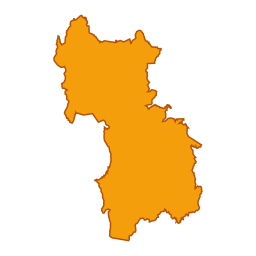 Tulcingo, Puebla, Mexico (Equal Earth projection)
{"feature_id": "50627088B42861355241506", "entity_name": "Tulcingo", "entity_type": "district", "adm_level": 2, "iso_a3": "MEX", "parent_name": "Mexico", "parent_adm1": "Puebla", "projection": "equal_earth", "projection_center": [-98.397, 17.976], "detail": "fine", "context": "isolated", "style": "filled", "palette": "amber", "viewbox_px": 256, "rotation_deg": 0, "n_neighbors": 0, "source": "geoboundaries", "source_scale": "gbopen_adm2", "svg_char_len": 5792}
<svg xmlns="http://www.w3.org/2000/svg" viewBox="0 0 256 256"><path d="M109.6,235.7L110.5,236.8L112.6,237.9L128.6,240.6L129.3,239.4L129.1,236.2L129.7,235.6L131.5,235.5L133.8,232.2L135.5,231.9L135.8,230.2L135.2,224.8L135.8,224.0L137.2,223.3L140.4,218.4L143.4,218.3L144.5,220.0L145.8,219.9L147.2,218.8L149.0,219.4L149.4,222.0L151.1,221.2L154.7,220.4L155.8,219.6L156.7,217.6L158.4,217.1L157.7,214.8L159.5,214.2L160.0,213.6L160.6,212.0L164.4,211.1L164.8,209.1L165.7,209.9L166.6,212.5L168.0,212.5L168.6,211.9L169.4,213.9L171.1,214.8L171.2,217.2L172.0,217.8L172.4,218.7L172.8,218.8L174.5,217.5L174.8,218.4L175.7,218.1L175.7,219.5L176.5,219.4L176.7,220.2L176.2,221.9L176.9,221.3L177.9,223.0L178.8,223.2L180.3,222.2L179.9,221.1L180.5,220.2L181.0,220.5L181.3,218.3L183.3,219.5L183.4,219.0L182.6,217.4L185.3,216.0L185.8,214.3L186.5,214.2L187.4,215.5L188.3,215.7L188.5,213.3L188.9,212.6L189.9,212.8L190.4,212.2L191.7,212.6L192.7,211.8L194.6,212.3L196.0,210.6L197.3,210.5L198.8,209.5L199.5,207.7L198.1,204.7L198.0,201.5L200.0,196.7L199.9,194.7L201.5,193.1L201.4,192.0L202.0,191.2L201.5,190.3L201.5,187.8L201.0,186.8L200.3,186.4L198.8,186.7L197.7,186.0L195.2,188.6L195.1,186.8L195.8,184.5L194.8,181.6L195.5,179.2L194.6,177.1L194.7,175.9L194.3,175.7L193.8,174.0L194.2,173.2L192.8,172.5L192.0,169.9L192.9,168.5L193.2,166.6L193.9,165.8L194.3,163.7L195.7,163.0L195.4,162.2L196.1,161.8L194.2,158.7L194.3,158.2L195.7,157.6L193.1,154.4L192.8,150.2L191.5,149.0L191.0,147.4L190.9,145.6L191.6,145.1L191.6,146.4L192.7,146.5L193.3,146.0L194.1,147.2L195.3,147.0L195.7,146.1L196.3,148.2L197.7,148.2L199.0,146.9L200.1,147.1L200.7,146.7L201.1,145.9L201.0,145.2L201.4,144.9L188.4,136.5L186.9,133.4L187.2,128.0L188.4,127.9L186.7,126.3L186.1,124.5L185.6,124.7L185.2,123.8L184.0,124.9L182.8,124.3L182.0,123.0L179.1,123.4L180.4,122.1L181.7,122.2L182.8,120.2L182.8,119.6L183.7,119.9L183.7,118.8L177.6,119.0L177.2,119.9L176.2,119.1L175.2,121.6L174.1,118.9L171.2,118.0L168.4,118.4L165.1,121.1L162.7,121.5L163.5,119.6L165.7,118.0L165.7,113.8L165.1,111.8L165.8,110.4L166.9,110.4L166.7,109.4L167.7,107.1L167.3,107.1L168.6,106.7L170.0,107.5L170.4,108.2L171.2,108.0L171.1,107.3L169.1,105.2L168.4,105.7L167.9,104.8L167.3,104.8L166.5,105.6L166.0,106.7L165.1,106.8L164.9,108.2L164.1,108.5L161.5,107.6L159.9,107.7L159.7,106.8L158.0,106.4L157.3,105.8L156.4,106.0L155.7,104.7L154.8,105.3L154.1,104.9L152.4,106.3L151.7,106.4L149.3,108.3L148.9,109.1L148.3,108.9L147.6,107.0L145.6,105.7L148.3,104.8L151.0,104.5L151.8,103.7L152.1,103.0L151.8,101.1L152.1,99.7L154.7,97.2L155.4,95.7L156.0,95.6L156.3,95.1L156.2,92.9L156.6,91.6L155.0,90.5L151.6,89.7L150.2,91.4L147.8,91.6L148.6,90.9L149.3,88.8L147.5,84.9L149.5,82.3L148.1,81.0L146.7,78.0L147.5,76.1L147.1,74.6L147.4,72.7L146.9,72.0L145.8,71.7L146.0,69.7L147.5,67.9L147.4,63.6L154.7,63.2L154.7,60.9L155.3,60.3L155.7,58.3L156.8,56.8L158.0,56.3L158.7,54.6L159.5,53.9L159.8,53.2L159.7,51.9L160.0,50.4L160.9,50.1L161.0,48.6L158.1,48.6L157.0,47.0L156.0,47.4L155.4,47.0L154.7,47.3L152.8,46.9L152.2,47.1L151.3,46.5L149.9,44.2L149.4,44.1L149.3,43.4L148.6,43.2L148.8,42.4L148.2,42.5L147.5,41.2L146.4,41.3L145.2,40.1L144.4,38.2L144.5,37.3L143.6,35.7L143.3,33.8L140.8,30.7L139.7,30.4L138.9,30.4L136.6,31.7L135.8,33.9L135.3,34.4L135.5,36.5L135.9,37.6L135.6,38.5L132.6,40.4L131.9,41.4L131.3,43.2L130.8,43.5L129.7,39.0L123.8,41.9L120.2,40.5L117.3,41.7L116.6,40.5L115.9,40.5L115.6,41.0L116.1,42.3L115.5,42.5L104.3,40.8L102.3,42.0L100.5,41.5L99.9,42.5L99.7,42.2L99.8,41.2L98.2,40.6L97.5,39.0L96.6,38.3L96.1,37.0L94.4,36.0L94.4,35.3L91.5,33.6L90.2,33.5L88.9,31.8L89.2,30.2L88.9,28.3L89.1,26.7L88.7,26.0L87.3,26.1L86.5,24.3L87.5,23.1L87.0,22.3L87.4,21.3L86.1,20.3L86.3,19.0L86.0,17.9L85.0,17.4L84.9,18.5L84.5,18.5L83.5,17.4L82.3,17.1L81.9,15.7L81.4,15.4L80.5,15.7L76.1,19.8L75.3,19.9L74.5,19.6L74.3,18.8L73.7,18.9L73.7,20.3L72.3,20.5L70.7,21.7L70.2,24.1L70.6,25.8L69.2,27.2L67.4,30.4L66.7,30.9L66.7,32.1L66.3,33.2L66.7,33.7L66.9,35.0L65.8,36.3L65.4,37.6L65.0,42.9L61.5,44.8L61.4,44.1L60.0,42.3L60.2,41.9L59.9,41.0L59.9,39.8L59.1,38.0L59.1,36.7L58.0,36.0L57.8,38.6L57.0,40.5L57.2,41.3L56.4,44.6L57.2,45.0L57.6,47.8L56.6,49.2L56.0,51.9L56.5,52.9L56.5,54.2L55.9,54.6L54.0,57.8L54.0,59.8L54.3,60.9L57.4,64.8L59.9,66.7L61.1,67.3L63.1,67.1L64.3,66.5L65.1,67.7L65.9,70.2L65.7,71.7L64.7,72.4L64.1,73.8L65.4,76.6L65.2,80.0L64.4,81.0L64.1,82.1L61.6,83.9L62.1,85.2L62.0,86.7L62.5,88.2L64.1,88.2L64.8,88.4L65.1,89.1L66.4,89.3L67.2,90.0L65.2,91.3L65.1,93.2L65.4,93.6L65.3,94.2L66.0,94.4L66.9,96.4L66.6,98.9L66.9,99.6L68.2,100.3L68.9,101.8L67.9,103.7L67.3,107.1L65.0,111.2L64.5,113.5L65.8,115.3L66.7,118.2L67.7,118.1L68.1,118.6L68.2,120.2L69.6,120.6L69.9,122.3L72.1,123.1L73.6,120.7L75.7,112.6L76.0,113.4L77.4,113.1L83.4,115.0L92.6,113.6L98.4,122.2L102.8,120.3L103.8,120.3L105.3,121.9L105.7,124.0L106.7,125.1L108.3,125.5L109.4,127.1L109.3,127.8L108.8,128.3L108.0,128.2L107.4,129.4L104.5,127.1L104.7,128.4L104.4,128.6L104.9,129.5L104.3,130.3L103.9,131.9L104.4,133.2L104.1,134.8L104.1,137.9L104.6,141.0L105.6,142.0L107.6,146.0L109.0,147.0L109.8,151.6L111.0,154.1L110.7,157.4L111.0,158.0L111.0,160.9L110.1,165.0L109.4,167.5L108.2,167.0L108.0,170.5L107.3,170.9L107.5,171.3L106.7,171.5L107.2,172.8L106.4,172.4L105.9,172.9L106.0,174.1L105.1,174.9L105.1,175.4L103.9,175.4L104.0,176.8L103.2,176.5L102.5,177.4L102.1,177.1L102.1,178.1L100.7,178.2L99.0,179.8L98.1,180.0L96.6,179.3L95.2,180.0L94.9,180.6L96.3,180.7L97.3,182.2L99.1,183.8L98.9,185.0L99.1,186.4L99.9,187.8L101.1,188.8L101.1,191.6L102.6,194.2L102.6,197.4L104.1,201.1L103.7,202.5L103.9,204.7L103.1,206.8L101.8,208.8L101.8,210.8L103.2,213.2L104.3,212.9L104.7,211.7L106.3,209.6L108.6,209.1L110.0,210.0L108.4,211.9L108.4,214.3L108.9,217.4L109.5,219.2L109.5,220.3L110.5,222.3L110.5,228.2L109.9,230.5L109.9,233.7L109.6,235.7Z" fill="#f59e0b" stroke="#b45309" stroke-width="1.5"/></svg>